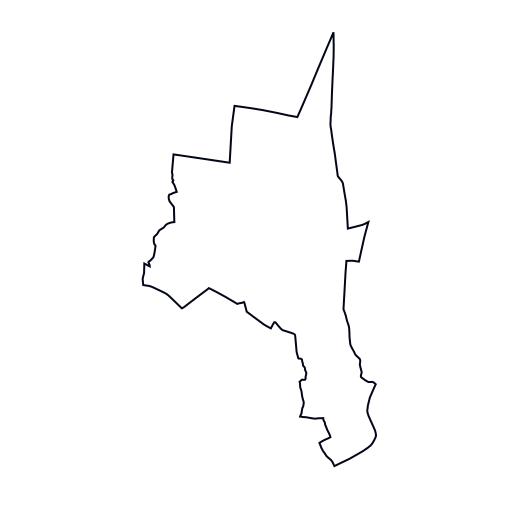 Hoc Mon, Hồ Chí Minh city, Vietnam, rotated 85°
{"feature_id": "81297802B64363050509880", "entity_name": "Hoc Mon", "entity_type": "district", "adm_level": 2, "iso_a3": "VNM", "parent_name": "Vietnam", "parent_adm1": "Hồ Chí Minh city", "projection": "mercator", "projection_center": [106.609, 10.878], "detail": "fine", "context": "isolated", "style": "outline", "palette": "ink", "viewbox_px": 512, "rotation_deg": 85, "n_neighbors": 0, "source": "geoboundaries", "source_scale": "gbopen_adm2", "svg_char_len": 4549}
<svg xmlns="http://www.w3.org/2000/svg" viewBox="0 0 512 512"><g transform="rotate(85 256 256)"><path d="M253.8,367.9L262.5,368.9L263.3,369.0L266.9,370.3L268.9,370.9L271.9,370.9L275.1,370.9L275.4,369.8L276.4,365.5L277.4,362.9L278.7,360.5L283.4,352.5L285.8,348.7L287.5,346.8L291.3,343.4L301.7,334.4L300.8,332.4L293.1,320.3L284.8,307.0L283.9,305.7L284.9,304.1L288.2,298.8L292.8,291.9L294.4,289.5L296.6,286.5L298.2,284.2L299.6,282.2L302.1,278.8L301.9,278.2L301.7,277.2L301.6,276.0L301.4,274.2L301.3,273.4L301.1,272.9L301.0,272.5L300.8,272.1L301.1,271.9L301.5,271.7L302.5,271.5L306.5,270.8L308.8,270.4L310.7,270.1L312.2,268.4L314.8,265.5L315.3,265.0L322.5,256.8L322.8,256.4L324.7,254.4L326.1,252.4L326.6,251.8L329.4,247.5L325.8,245.2L323.6,243.6L323.6,242.9L323.8,242.4L327.0,240.2L328.3,239.3L330.8,237.4L332.1,236.1L335.6,227.7L336.7,225.4L337.1,224.8L337.6,224.3L338.1,224.0L340.8,223.9L352.9,223.9L355.1,223.9L356.5,223.7L359.1,223.2L361.1,222.9L361.8,222.6L362.1,220.8L362.4,220.0L363.1,219.3L363.9,219.2L365.6,219.1L366.3,218.8L367.5,218.7L368.8,218.7L370.0,218.3L370.5,217.7L371.0,217.4L371.3,217.2L372.7,217.0L374.0,217.0L375.0,216.6L376.3,216.2L377.1,216.1L378.8,216.5L380.5,217.1L382.6,217.3L383.5,217.9L383.5,219.7L383.2,221.0L383.9,221.9L385.2,223.6L386.3,223.3L387.8,223.3L390.7,223.4L393.5,222.7L395.8,222.4L400.2,222.2L402.8,221.8L405.6,221.2L407.4,221.4L410.2,222.2L411.4,223.0L413.6,223.7L416.7,224.4L418.5,225.4L419.8,226.1L420.7,222.3L420.8,220.9L421.4,218.6L422.3,215.3L423.0,212.5L423.2,210.6L423.1,207.6L423.4,203.1L423.5,203.1L423.9,203.2L424.0,203.2L424.8,203.2L426.2,202.7L427.5,202.1L428.5,201.9L430.0,201.8L431.1,201.5L432.9,200.9L435.4,200.2L438.3,199.0L441.2,198.0L442.1,197.8L442.5,197.7L443.0,197.7L443.1,198.0L444.1,200.3L444.5,201.8L445.8,205.2L447.7,209.1L453.1,207.5L456.6,206.0L457.5,205.3L461.6,203.1L462.9,201.9L465.7,199.1L467.8,197.8L472.1,196.2L469.6,189.6L466.2,180.6L462.5,172.5L459.9,166.9L457.0,161.7L454.6,158.1L452.3,156.0L449.9,154.4L447.2,152.8L445.5,152.1L444.5,152.1L442.7,152.2L440.3,152.6L436.1,154.0L425.1,157.8L421.5,158.6L419.6,158.6L414.5,157.5L406.9,154.9L397.5,149.8L394.2,147.9L392.8,149.2L392.0,150.2L391.7,150.7L391.5,151.4L391.5,153.2L391.4,154.7L391.2,155.3L390.5,156.3L389.3,158.0L386.5,161.2L386.1,161.7L385.7,161.9L385.3,162.0L384.7,162.0L383.5,161.7L382.3,161.2L381.3,160.9L380.5,160.9L379.9,161.0L374.6,161.9L372.7,162.0L371.4,161.6L370.4,161.4L369.4,161.3L368.3,161.4L367.3,161.8L365.3,163.6L363.6,165.1L362.5,165.8L359.7,166.8L356.6,168.2L354.0,169.3L353.0,169.6L351.5,169.8L350.0,169.8L345.3,169.9L340.3,169.6L335.7,169.5L332.7,169.9L330.8,170.4L327.9,171.1L323.6,171.7L319.8,172.6L316.7,173.5L293.2,170.1L286.8,169.2L286.3,169.1L279.9,168.2L273.5,167.1L269.8,166.5L268.8,166.4L269.0,162.4L269.1,160.4L270.6,154.0L246.8,146.5L237.4,143.1L231.9,141.1L233.5,144.8L234.4,147.8L236.7,162.1L215.7,161.5L211.0,161.6L208.6,161.7L201.8,162.3L191.4,163.1L190.0,163.5L188.7,164.1L187.5,164.9L187.0,165.3L186.5,165.6L185.5,166.3L183.8,167.4L183.5,167.5L183.3,167.6L180.2,167.7L169.7,168.2L160.7,168.6L157.2,168.9L154.8,169.1L143.9,169.8L137.0,170.1L136.5,170.1L136.4,170.1L133.6,170.4L132.3,170.4L130.6,170.3L129.8,170.2L129.4,170.1L127.9,169.9L123.6,169.4L123.3,169.3L120.4,168.7L118.0,168.4L114.4,167.8L110.5,167.4L110.1,167.3L100.9,166.2L94.0,165.3L91.0,164.9L89.6,164.7L89.4,164.7L84.2,164.0L80.0,163.4L65.4,161.5L65.0,161.4L52.7,160.2L49.1,160.0L42.9,159.5L39.9,159.3L49.1,164.2L56.2,168.0L56.8,168.3L59.8,169.9L72.4,176.6L83.3,182.3L90.1,185.8L91.2,186.4L103.2,192.9L110.1,196.6L114.9,199.2L121.2,202.7L119.0,210.7L118.8,211.6L118.6,212.1L115.3,222.6L111.4,236.0L108.9,245.7L106.3,256.7L104.6,264.3L124.5,268.8L160.8,274.1L147.6,329.3L165.2,332.4L166.1,332.4L167.2,332.1L168.8,332.3L170.3,332.6L172.0,332.6L172.8,332.4L173.1,331.9L173.4,331.8L173.8,331.8L174.0,332.0L174.3,332.3L174.9,332.8L175.2,332.7L177.4,331.5L179.0,330.9L182.5,330.0L185.2,329.4L185.7,331.5L186.1,333.4L186.5,334.0L186.7,334.5L187.0,335.3L187.1,336.2L187.3,337.0L188.9,337.8L191.4,337.9L193.9,337.4L196.1,336.0L200.1,333.5L215.1,334.4L215.1,336.1L215.3,337.9L215.9,340.5L216.5,342.0L217.5,343.4L219.3,345.1L219.9,346.0L221.9,349.9L222.7,350.6L225.4,352.5L225.8,352.9L226.5,353.9L227.9,355.6L228.5,356.1L229.8,356.3L231.3,356.5L232.8,356.6L233.7,356.5L234.7,356.3L235.4,356.2L236.6,355.4L237.2,355.2L240.2,355.9L243.8,356.8L246.8,357.7L248.1,358.2L249.0,359.0L251.3,361.6L252.3,363.3L252.7,363.7L253.1,363.7L254.2,363.3L255.6,362.8L257.1,362.8L253.8,367.9Z" fill="none" stroke="#020617" stroke-width="2"/></g></svg>